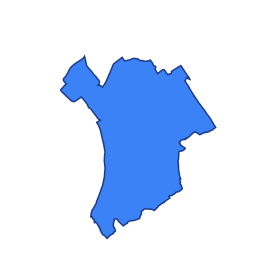 the district of Kota Jakarta Barat, Jakarta Raya, Indonesia, rotated 238°
{"feature_id": "22746128B58252967349746", "entity_name": "Kota Jakarta Barat", "entity_type": "district", "adm_level": 2, "iso_a3": "IDN", "parent_name": "Indonesia", "parent_adm1": "Jakarta Raya", "projection": "mercator", "projection_center": [106.751, -6.161], "detail": "fine", "context": "isolated", "style": "filled", "palette": "blue", "viewbox_px": 256, "rotation_deg": 238, "n_neighbors": 0, "source": "geoboundaries", "source_scale": "gbopen_adm2", "svg_char_len": 5608}
<svg xmlns="http://www.w3.org/2000/svg" viewBox="0 0 256 256"><g transform="rotate(238 128 128)"><path d="M75.4,51.8L72.8,49.6L72.7,49.9L72.2,49.6L71.8,50.3L71.3,50.2L71.1,50.4L70.6,50.1L69.8,50.0L69.3,50.2L69.2,50.5L68.5,50.4L67.6,50.4L67.3,50.3L66.9,50.4L66.7,50.1L66.4,50.0L66.2,49.8L66.2,49.5L65.3,49.6L65.5,50.4L64.4,50.8L63.5,51.3L63.0,51.4L62.0,50.8L60.4,51.2L60.3,50.3L60.3,50.5L59.2,50.9L58.7,51.0L58.4,51.1L57.4,51.2L57.5,50.8L57.1,50.8L57.1,50.7L56.8,50.6L56.7,50.8L56.4,50.5L55.5,50.2L55.3,50.5L53.7,50.0L52.1,50.1L51.0,50.1L50.3,50.2L50.0,50.9L49.1,51.2L46.8,51.5L46.3,51.6L45.4,51.8L45.5,52.3L46.3,54.8L46.4,55.5L46.3,56.1L46.5,56.4L46.3,59.2L46.4,59.9L46.8,60.0L47.2,60.4L47.3,60.7L46.9,61.9L47.0,62.2L47.4,62.8L47.6,62.9L49.7,63.5L51.8,63.5L52.7,63.6L53.0,63.8L55.1,65.4L56.5,66.9L58.0,68.2L56.9,70.1L56.2,70.5L55.7,70.6L54.7,70.5L53.7,70.6L47.5,72.1L47.6,72.9L47.7,76.5L47.6,76.9L48.1,77.5L48.2,77.9L48.4,78.9L48.3,80.4L48.2,80.7L47.9,81.1L47.3,82.2L46.4,84.1L45.2,89.2L45.4,89.3L45.5,90.4L45.6,90.6L45.8,90.8L46.5,91.2L46.8,91.6L47.9,93.8L48.1,94.0L48.7,94.2L49.3,94.6L50.3,94.9L50.1,96.6L50.6,98.0L50.7,98.6L50.5,99.2L50.2,99.7L50.2,100.0L46.7,104.7L45.5,105.9L44.2,106.3L44.3,107.8L44.4,108.1L44.7,109.3L45.0,111.1L45.2,111.5L45.6,111.7L45.7,111.8L45.9,114.8L46.0,118.4L45.6,119.4L46.2,119.7L46.2,120.3L46.3,121.5L46.4,125.0L46.4,126.4L47.4,126.4L48.6,126.5L48.6,126.8L48.4,127.6L47.8,128.5L47.5,130.4L47.7,131.9L47.5,132.3L47.5,132.6L47.6,133.3L48.0,134.3L48.0,134.8L47.8,135.4L47.2,137.2L47.2,139.8L47.3,140.8L48.0,142.0L49.7,142.4L49.8,142.4L50.2,142.5L51.0,142.7L51.8,142.8L52.1,142.6L52.8,142.6L53.6,143.0L53.8,143.0L54.0,143.6L54.3,143.9L55.1,144.0L56.5,144.5L56.8,144.5L57.3,144.6L56.8,145.6L58.9,146.1L60.8,146.7L61.6,147.1L62.1,147.2L63.4,147.8L66.2,149.0L67.1,149.5L68.5,150.4L69.4,150.8L70.5,151.5L72.4,152.2L74.8,154.2L78.1,156.7L80.6,158.1L80.6,158.5L80.8,158.7L80.9,159.6L80.9,159.9L80.8,160.1L80.6,160.3L80.5,160.5L80.4,160.9L80.1,161.0L80.1,161.4L79.8,162.2L79.8,162.7L79.9,164.3L80.4,165.7L80.9,165.7L81.2,165.5L81.3,165.6L83.1,164.6L84.9,163.9L84.9,164.0L85.4,163.9L86.2,163.6L86.6,163.6L87.3,163.9L87.3,164.0L87.7,164.2L88.1,164.1L88.1,163.9L88.8,163.9L89.5,166.7L89.1,168.2L88.6,169.2L88.7,169.4L87.9,170.6L88.5,171.0L88.4,171.2L88.2,171.5L88.7,171.9L88.0,172.9L88.1,173.9L88.3,174.3L88.3,175.6L89.0,179.0L89.0,179.4L89.3,179.5L89.2,182.9L88.6,182.9L88.5,183.4L88.4,183.5L84.3,185.3L84.2,186.3L84.0,186.6L84.1,186.9L84.1,187.3L83.9,188.7L84.0,189.1L83.7,189.8L83.6,190.5L83.9,190.7L83.3,190.9L83.1,191.2L82.9,192.4L82.4,192.8L82.3,193.6L81.9,194.9L82.3,195.1L82.1,196.0L81.7,197.7L81.7,197.9L81.6,198.7L81.8,199.6L82.0,199.8L82.0,200.2L82.0,202.6L92.4,202.8L96.8,202.5L98.4,202.2L99.4,202.3L102.4,202.3L103.4,202.2L103.9,202.1L104.0,202.0L104.6,201.9L104.7,202.0L110.6,201.5L112.8,201.2L113.5,201.5L116.4,201.2L117.4,201.3L118.3,201.3L118.3,200.9L120.0,200.8L120.3,200.8L120.3,201.1L127.4,201.1L128.1,201.1L128.7,201.2L129.1,201.2L129.3,201.3L129.8,201.3L132.3,201.4L135.1,201.3L136.2,201.3L137.8,201.1L137.9,201.6L138.1,202.0L138.6,202.6L139.0,203.2L139.5,203.8L139.5,204.0L139.2,204.5L138.5,204.7L138.5,205.5L138.4,205.7L138.5,205.9L138.4,206.0L138.0,206.1L137.0,205.6L136.6,205.8L136.3,206.2L139.2,206.5L140.1,206.2L140.7,206.2L148.3,206.0L148.3,205.9L149.3,206.0L150.4,205.9L150.4,206.0L150.7,206.0L151.2,206.0L151.2,205.9L152.3,205.9L153.0,205.8L153.0,196.4L153.0,195.1L152.9,194.7L152.7,194.6L151.6,194.0L151.4,193.9L151.4,193.6L151.4,193.0L151.9,192.1L152.1,190.2L152.3,189.9L152.6,189.9L157.8,189.6L158.1,189.6L158.6,189.2L158.9,188.6L159.0,188.3L158.9,186.3L158.6,183.7L158.5,181.9L162.6,182.1L163.5,182.2L163.9,182.6L164.1,182.9L164.7,183.6L165.4,184.0L165.9,183.9L167.1,182.7L169.6,183.2L173.8,182.9L174.1,181.3L174.7,179.3L175.1,178.5L175.7,177.6L176.2,177.1L177.3,176.3L177.7,175.8L177.9,175.1L178.5,174.3L179.1,173.9L180.2,173.5L181.8,172.6L182.1,172.3L182.6,171.4L183.3,170.9L183.7,170.2L184.1,169.6L184.4,168.7L184.9,165.4L185.8,163.1L186.4,161.0L186.5,160.8L187.1,160.7L189.5,160.5L191.0,160.5L191.0,159.6L190.8,158.3L190.1,150.8L190.0,149.9L189.8,149.3L186.4,144.7L185.4,143.2L179.3,134.4L177.8,131.8L177.3,130.8L176.8,129.3L176.2,128.1L178.7,127.0L179.1,126.7L179.5,126.4L179.8,125.7L180.0,125.3L180.1,124.1L180.3,126.6L180.7,126.7L181.2,127.4L182.1,128.2L183.1,128.5L184.0,128.6L185.3,128.3L187.8,128.1L189.9,127.8L190.8,127.4L192.0,127.3L193.2,127.3L196.3,126.9L198.0,126.6L202.3,125.9L203.7,126.3L209.3,128.3L211.8,129.1L211.4,128.4L211.2,127.8L210.8,126.4L210.6,117.3L210.4,115.2L210.0,113.0L209.5,111.1L209.1,110.1L208.5,109.0L205.8,104.6L205.1,103.2L204.4,101.0L204.1,99.8L203.6,99.1L202.9,98.6L202.1,98.4L201.1,98.5L198.7,99.0L198.2,99.2L198.1,98.5L197.8,97.1L196.7,93.6L196.1,91.1L195.3,91.0L194.0,91.0L181.5,94.2L180.7,94.5L179.8,95.2L179.2,95.8L178.8,96.7L178.7,97.5L178.7,98.8L179.0,104.9L177.2,105.1L175.0,105.5L169.2,106.0L168.5,105.9L167.4,105.6L166.6,105.5L165.6,105.7L164.1,106.5L153.9,107.4L152.6,107.4L151.4,107.6L151.1,107.7L149.2,108.9L149.0,108.6L149.2,107.8L149.3,107.1L149.3,105.6L149.4,105.2L149.5,104.9L149.5,104.7L148.8,104.4L148.6,104.3L146.3,104.5L140.9,103.5L134.9,101.4L126.4,98.5L123.0,97.1L122.1,96.6L120.4,96.1L119.2,95.4L118.5,94.7L118.2,94.4L117.2,93.7L116.1,92.8L115.3,92.3L112.6,90.4L107.7,88.1L106.0,87.2L102.8,84.8L100.6,83.1L99.7,82.7L98.7,81.7L97.4,80.5L95.6,78.7L95.2,78.4L92.8,76.1L90.4,72.8L88.9,71.2L88.0,70.0L86.0,67.5L84.5,65.4L83.8,64.5L83.1,63.4L81.8,61.8L81.2,61.3L80.7,60.7L78.1,55.8L78.0,55.7L77.6,54.7L77.5,54.2L76.6,53.3L75.4,51.8Z" fill="#3b82f6" stroke="#1e3a8a" stroke-width="1.5"/></g></svg>